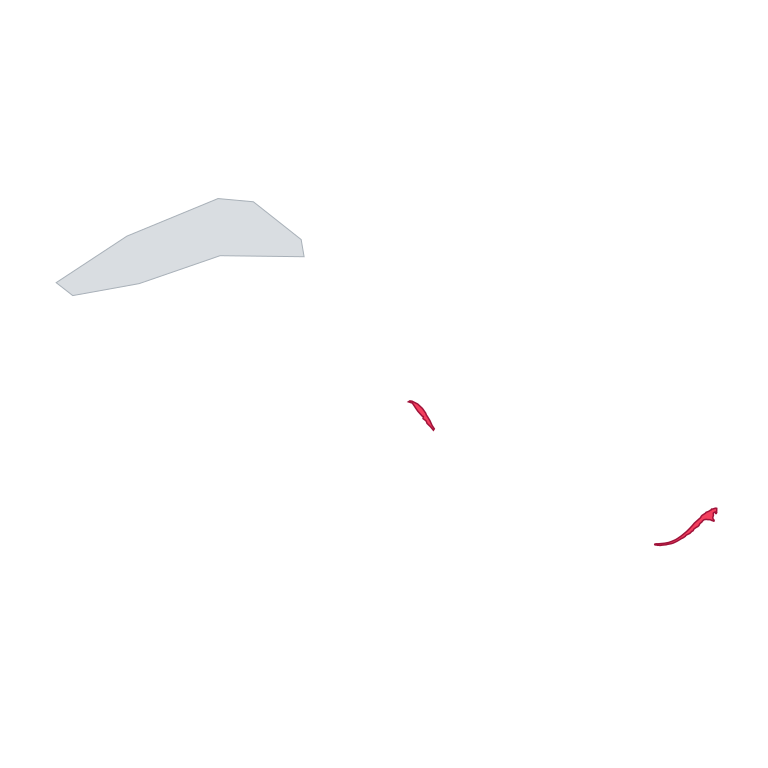 Funafala, Tuvalu shown in context, rotated 258°
{"feature_id": "33948139B32530222463199", "entity_name": "Funafala", "entity_type": "district", "adm_level": 2, "iso_a3": "TUV", "parent_name": "Tuvalu", "parent_adm1": "", "projection": "mercator", "projection_center": [179.105, -8.593], "detail": "fine", "context": "in_parent", "style": "filled", "palette": "rose", "viewbox_px": 768, "rotation_deg": 258, "n_neighbors": 0, "source": "geoboundaries", "source_scale": "gbopen_adm2", "svg_char_len": 2728}
<svg xmlns="http://www.w3.org/2000/svg" viewBox="0 0 768 768"><g transform="rotate(258 384 384)"><path d="M589.4,294.1L542.5,333.0L525.1,332.3L543.6,250.3L533.1,165.4L535.2,97.9L551.3,84.4L582.1,163.3L599.9,260.2L589.4,294.1Z" fill="#d9dde1" stroke="#a8b0b8" stroke-width="1"/><path d="M187.7,666.1L187.4,665.8L187.1,665.2L186.8,664.6L186.5,664.1L183.4,658.7L181.4,656.1L179.2,653.0L176.6,649.0L176.3,648.3L175.9,647.6L173.8,643.6L173.3,642.5L171.8,638.9L171.1,636.9L170.8,635.5L170.3,633.0L169.8,629.5L169.9,625.3L170.7,618.7L171.1,617.0L171.1,616.3L171.1,615.8L171.0,615.5L170.7,615.4L170.3,615.6L170.2,615.8L170.1,616.2L170.0,616.5L169.9,617.1L169.7,617.4L169.5,617.7L169.3,618.2L169.3,618.6L169.1,619.3L169.0,619.7L168.8,620.0L168.7,620.3L168.7,620.6L168.6,621.0L168.6,621.4L168.6,621.8L168.6,622.2L168.3,624.9L168.1,626.5L168.2,628.2L168.1,631.7L168.3,633.9L169.2,637.6L169.8,639.5L171.1,643.2L171.2,644.0L171.5,645.0L172.4,647.1L172.8,647.4L173.3,648.2L173.6,649.2L174.3,652.1L175.6,654.1L176.1,655.0L176.0,655.4L176.6,656.2L177.3,656.6L177.7,657.1L178.1,658.0L178.5,658.8L178.9,659.9L179.3,661.3L180.0,662.5L180.8,663.2L181.5,663.7L182.0,664.4L182.5,665.4L182.9,666.2L183.5,666.8L184.1,667.6L184.3,667.9L184.4,668.2L184.6,668.6L184.7,669.1L184.7,669.8L184.6,670.4L184.6,671.0L184.2,672.0L184.0,672.6L183.7,674.0L183.4,674.8L183.0,675.5L182.5,676.0L182.2,676.5L182.0,676.9L182.0,677.0L181.7,677.4L181.5,677.6L181.4,677.7L181.4,677.9L181.3,678.1L181.3,678.3L181.7,678.5L181.9,678.5L182.2,678.5L182.6,678.4L183.1,678.0L183.5,677.9L184.0,677.8L184.5,677.8L185.2,677.9L185.8,678.2L186.1,678.4L186.6,678.7L187.2,679.0L187.8,679.0L188.4,679.1L188.8,679.1L189.2,679.3L189.5,679.6L189.7,680.1L189.8,680.5L189.9,681.0L189.9,681.3L189.9,681.6L189.7,681.7L189.4,681.6L189.2,681.6L188.8,681.4L188.5,681.4L188.3,681.6L188.2,681.8L188.3,682.1L188.5,682.2L188.8,682.5L189.2,682.8L189.7,682.8L190.4,682.9L190.9,683.1L191.5,683.2L192.0,683.3L192.5,683.5L193.2,683.6L193.4,683.2L193.6,682.8L193.6,682.3L193.6,681.7L193.6,681.3L193.5,680.9L193.5,680.4L193.4,680.0L193.4,679.5L193.4,678.9L193.4,678.6L193.5,678.4L193.3,678.3L193.1,678.2L192.9,678.0L192.9,677.6L192.6,676.8L192.4,676.4L192.2,675.9L192.1,675.4L191.9,674.9L191.8,674.3L191.7,673.5L191.6,672.8L191.5,672.4L191.4,672.1L191.2,672.0L191.0,671.9L190.8,671.5L189.6,668.4L189.3,667.7L188.9,667.2L188.5,666.6L188.1,666.4L187.7,666.1ZM361.1,404.9L359.4,407.8L354.0,409.9L350.2,411.5L344.6,414.7L344.0,415.7L342.0,415.0L339.4,417.3L338.1,417.7L336.5,417.9L332.5,420.6L328.5,422.7L329.7,423.9L333.5,422.4L338.6,421.3L343.2,419.7L344.9,419.0L346.9,418.7L352.1,416.5L357.4,412.8L361.4,407.8L362.1,405.7L361.5,404.2L361.1,404.9Z" fill="#f43f5e" stroke="#9f1239" stroke-width="1.5"/></g></svg>